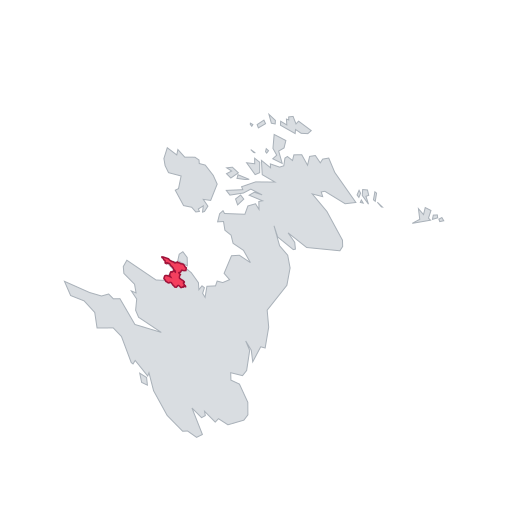 United Kingdom, with Gwynedd highlighted, rotated 61°
{"feature_id": "GBR-2130", "entity_name": "Gwynedd", "entity_type": "Unitary Authority (wales)", "adm_level": 1, "iso_a3": "GBR", "parent_name": "United Kingdom", "parent_adm1": "", "projection": "equal_earth", "projection_center": [-4.085, 52.896], "detail": "medium", "context": "in_parent", "style": "filled", "palette": "rose", "viewbox_px": 512, "rotation_deg": 61, "n_neighbors": 0, "source": "natural_earth", "source_scale": "10m", "svg_char_len": 5612}
<svg xmlns="http://www.w3.org/2000/svg" viewBox="0 0 512 512"><g transform="rotate(61 256 256)"><path d="M276.9,375.9L252.7,388.4L245.1,387.6L235.8,381.2L226.1,382.0L230.1,378.8L221.8,375.9L207.2,380.0L200.9,377.2L197.1,371.0L228.5,355.1L233.2,347.5L230.5,345.2L229.8,334.4L213.5,338.2L225.2,326.4L239.2,320.7L251.4,319.3L257.8,322.3L255.9,317.7L258.7,316.5L262.8,320.8L267.5,320.6L258.7,313.6L262.5,305.9L259.1,302.1L263.1,298.0L263.9,290.6L255.7,292.3L243.9,277.3L247.3,270.2L259.1,264.1L245.0,264.2L233.8,269.9L225.7,267.7L218.4,270.7L210.1,267.7L207.5,273.0L201.4,267.3L200.4,262.9L203.6,262.9L214.1,245.5L208.3,238.8L210.1,231.1L216.7,230.8L209.7,227.1L210.9,223.5L199.5,232.5L199.4,226.6L205.5,221.0L195.0,228.1L194.8,236.5L190.1,249.3L184.2,250.2L191.6,235.4L188.4,235.0L191.0,220.4L200.5,203.6L187.9,211.1L175.0,204.9L185.9,200.5L182.4,198.8L189.7,192.3L190.6,188.0L184.4,183.2L184.2,180.3L190.2,177.8L185.9,173.8L189.6,166.9L201.6,166.9L194.9,160.8L196.9,155.4L205.7,154.6L203.6,150.7L205.6,144.9L221.0,146.6L257.6,142.7L253.5,152.7L232.8,164.4L231.6,167.9L236.4,168.9L229.0,176.7L251.4,172.4L284.1,172.7L289.7,175.6L292.1,180.1L273.1,207.6L251.3,216.7L262.8,215.5L269.1,218.2L268.5,220.3L249.9,227.8L238.3,225.6L258.5,230.4L270.7,227.9L283.0,232.0L296.6,243.2L308.8,272.5L324.4,279.4L340.9,292.6L337.7,295.9L347.0,310.2L336.1,305.8L325.3,306.2L335.5,307.3L351.6,319.7L354.1,325.8L345.8,334.7L352.4,338.1L360.0,332.6L380.0,334.1L391.0,340.1L393.7,346.2L390.0,362.4L380.1,367.7L381.5,372.2L366.9,376.3L371.0,377.7L371.0,382.0L357.9,385.7L386.1,389.4L385.8,395.9L375.9,400.7L373.7,405.1L352.4,411.0L324.2,410.9L306.2,406.2L308.5,408.9L288.8,412.3L290.8,415.9L288.7,416.8L261.2,412.7L249.7,415.7L241.9,429.9L227.2,424.4L211.9,428.1L200.7,437.3L185.3,435.8L207.2,419.3L216.1,410.5L217.8,403.3L224.3,401.5L227.4,395.7L257.2,395.1L276.9,375.9ZM176.8,294.9L159.3,294.7L159.5,291.1L149.7,282.7L140.7,292.1L132.9,291.7L126.1,289.3L118.3,281.1L129.2,276.3L125.0,272.7L135.0,270.4L140.0,261.5L144.4,259.3L147.6,260.8L151.9,256.3L164.8,254.3L174.3,255.1L185.4,268.7L180.9,274.7L189.1,273.9L192.1,279.5L191.7,281.5L186.6,277.8L186.9,283.6L189.6,283.9L188.3,287.3L182.2,288.6L176.8,294.9ZM174.1,151.4L170.6,157.0L164.5,160.1L167.9,162.4L153.5,171.2L150.1,169.1L156.3,165.5L151.0,163.0L152.9,161.4L150.2,160.0L151.9,155.9L159.9,157.0L158.7,153.4L173.1,146.9L174.1,151.4ZM175.1,179.1L175.2,185.3L187.7,188.2L179.1,194.2L177.9,189.0L170.1,189.0L158.5,181.2L169.5,173.9L175.1,179.1ZM301.0,80.9L306.5,86.8L309.3,86.0L303.2,103.5L303.3,95.0L293.4,91.0L301.0,89.4L295.7,84.5L301.0,80.9ZM184.4,217.3L169.9,219.0L174.7,212.4L169.8,209.8L175.8,207.3L184.9,212.4L184.4,217.3ZM223.9,316.9L231.3,320.8L222.2,326.7L217.2,322.3L216.8,317.9L223.9,316.9ZM174.7,231.1L175.6,240.2L169.7,241.9L169.9,236.1L164.7,238.9L166.9,233.6L174.7,231.1ZM257.6,128.0L257.1,130.9L265.2,132.5L254.6,133.7L249.6,130.5L252.3,126.5L257.6,128.0ZM202.4,247.3L196.2,246.2L195.2,239.9L200.3,239.1L202.4,247.3ZM316.3,413.6L311.1,417.3L302.1,414.5L309.2,410.6L316.3,413.6ZM178.9,235.0L176.2,232.3L185.7,224.8L183.7,228.6L178.9,235.0ZM146.8,173.3L149.8,175.2L147.3,178.2L138.4,176.0L146.8,173.3ZM145.1,191.8L141.6,191.3L141.0,183.2L144.9,183.5L145.1,191.8ZM309.5,83.9L306.2,81.1L308.0,77.5L310.7,78.6L309.5,83.9ZM266.0,125.2L263.8,126.0L257.5,120.9L259.5,120.1L266.0,125.2ZM254.6,137.6L251.6,138.0L248.5,134.0L251.8,134.1L254.6,137.6ZM316.2,74.7L315.0,78.6L312.4,78.2L312.5,74.8L316.2,74.7ZM273.9,122.5L267.8,123.8L274.5,121.7L273.9,122.5ZM171.2,196.8L169.4,197.1L167.1,195.0L170.0,194.0L171.2,196.8ZM261.7,136.6L259.7,138.8L258.1,136.7L261.7,136.6ZM164.2,207.9L160.4,209.0L165.5,206.6L164.2,207.9ZM140.5,196.8L138.1,197.2L137.1,196.5L139.5,195.0L140.5,196.8Z" fill="#d9dde1" stroke="#a8b0b8" stroke-width="1"/><path d="M234.1,347.2L233.4,347.0L231.9,347.4L231.2,347.5L230.7,347.2L229.5,345.9L229.1,345.3L229.2,344.5L229.7,343.6L230.3,342.9L230.9,342.6L231.1,341.9L231.5,341.8L232.6,341.1L233.0,340.8L232.2,340.8L231.8,341.1L231.3,341.2L229.2,339.2L228.5,338.0L228.6,337.7L229.1,337.6L229.4,337.4L229.3,336.8L229.0,336.1L229.0,335.3L230.9,334.3L230.6,334.1L229.8,334.4L229.6,334.4L229.3,334.0L228.6,334.4L227.9,334.5L226.3,334.3L224.3,334.7L223.2,335.2L221.3,335.2L220.7,335.4L220.2,335.8L219.2,336.7L219.4,336.9L218.9,337.1L218.6,337.5L218.6,338.0L219.0,338.3L218.2,338.8L217.9,338.8L217.5,338.4L216.9,338.3L216.3,337.9L216.0,337.9L215.7,337.9L215.1,338.3L214.5,338.5L212.9,338.3L212.5,338.5L212.1,338.9L211.7,339.0L211.3,338.8L211.6,338.5L211.6,338.3L211.5,338.1L212.1,337.4L216.0,333.9L216.4,333.8L217.5,333.6L218.0,333.4L220.3,332.1L220.8,331.3L222.7,330.4L222.9,330.0L223.0,329.4L223.1,327.5L223.3,327.4L223.5,327.4L223.7,327.9L223.9,327.6L224.2,327.1L225.3,326.0L226.1,325.7L226.5,325.3L227.1,324.4L227.7,323.8L228.4,323.5L229.2,323.3L230.1,323.2L230.8,323.4L232.6,322.7L234.7,324.4L234.0,325.9L233.3,326.9L232.5,327.6L232.4,327.9L232.5,328.3L233.3,329.3L233.5,329.8L233.5,330.4L233.1,331.2L233.2,331.6L234.2,331.6L235.6,331.1L235.8,331.4L235.9,331.9L236.6,332.7L237.6,333.4L238.6,333.7L239.2,333.2L240.5,332.7L241.9,331.8L243.8,331.2L244.1,331.3L244.2,331.5L244.0,332.1L244.7,332.7L246.1,332.5L246.8,332.7L247.8,332.2L248.7,332.4L248.8,332.5L248.5,332.9L247.3,333.8L247.5,334.3L247.9,334.4L248.0,334.6L248.0,334.8L247.5,335.2L247.5,336.3L247.3,336.9L246.9,337.2L245.9,337.3L244.5,337.8L244.2,338.0L243.9,339.0L244.4,339.7L244.7,340.9L243.8,342.1L242.0,342.4L241.1,342.8L240.3,342.7L239.3,343.0L238.3,342.9L237.3,344.0L237.5,344.5L237.2,345.5L236.2,346.3L235.1,346.6L234.7,347.1L234.1,347.2Z" fill="#f43f5e" stroke="#9f1239" stroke-width="1.5"/></g></svg>